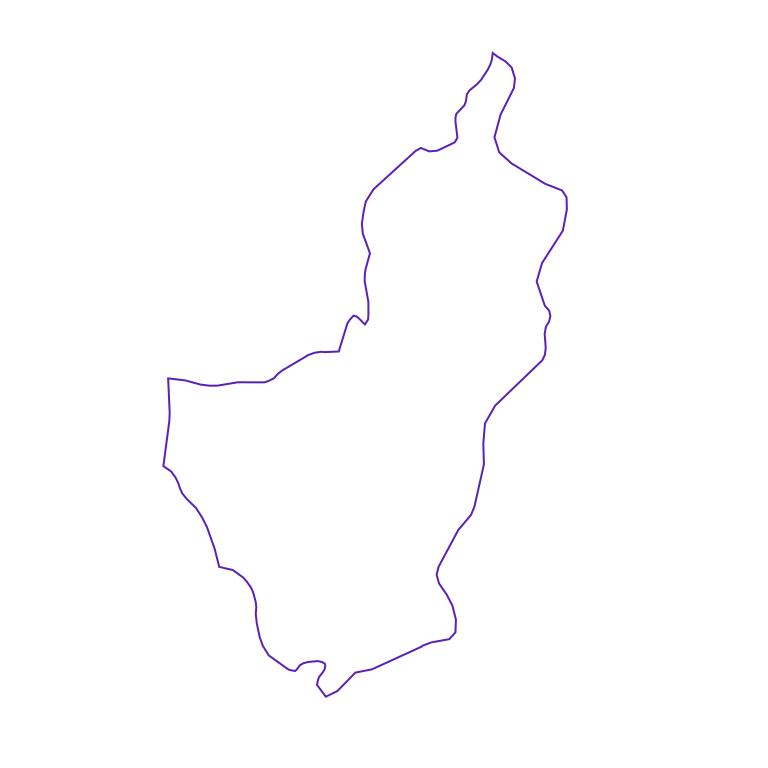 Kunar, Equal Earth projection, rotated 340°
{"feature_id": "AFG-1762", "entity_name": "Kunar", "entity_type": "Province", "adm_level": 1, "iso_a3": "AFG", "parent_name": "Afghanistan", "parent_adm1": "", "projection": "equal_earth", "projection_center": [71.083, 34.998], "detail": "fine", "context": "isolated", "style": "outline", "palette": "violet", "viewbox_px": 768, "rotation_deg": 340, "n_neighbors": 0, "source": "natural_earth", "source_scale": "10m", "svg_char_len": 1918}
<svg xmlns="http://www.w3.org/2000/svg" viewBox="0 0 768 768"><g transform="rotate(340 384 384)"><path d="M534.4,418.7L481.1,442.3L465.4,455.6L457.1,473.6L450.4,493.7L427.1,530.1L421.1,536.7L404.0,546.5L372.8,574.4L368.2,581.3L367.5,590.3L370.9,603.4L372.5,615.6L371.0,630.0L366.2,641.8L358.1,646.1L340.1,643.0L330.7,643.1L329.6,643.7L329.0,643.7L275.0,648.0L258.4,645.4L235.1,656.6L222.4,657.9L218.1,643.8L219.8,641.0L222.5,637.3L228.5,633.6L231.0,631.3L232.3,629.0L232.8,626.6L230.8,624.2L227.0,621.7L217.8,619.3L212.8,618.8L208.8,619.5L204.3,622.5L202.4,623.3L199.2,621.5L196.7,619.8L182.9,599.7L180.6,588.8L180.6,579.5L182.6,565.5L184.7,556.7L187.8,549.6L188.9,544.9L189.7,536.1L189.7,533.0L189.3,529.4L187.3,522.3L185.6,517.9L178.4,507.2L166.6,499.5L168.5,481.1L168.7,457.9L167.4,446.9L164.9,436.1L159.4,424.8L157.0,417.8L156.6,412.2L156.8,406.8L156.1,400.5L154.1,393.4L148.6,385.7L169.5,345.6L172.7,337.9L183.1,304.9L198.4,312.6L211.4,321.8L219.9,326.1L227.0,328.6L247.3,332.4L272.0,341.5L276.4,341.7L282.4,341.0L287.5,338.3L292.8,336.5L322.8,330.9L329.5,330.9L335.8,332.2L339.3,333.8L352.6,338.0L370.5,314.3L374.4,311.6L378.7,309.4L381.0,310.8L382.8,313.6L386.4,321.5L391.1,318.0L393.2,313.2L397.4,301.5L401.0,280.8L403.6,274.2L405.9,269.9L415.5,256.4L415.5,235.6L417.9,226.1L423.2,216.1L429.3,206.3L440.8,197.4L493.4,175.8L499.4,174.8L506.1,180.9L514.0,183.0L533.1,181.1L537.2,177.7L541.0,161.5L542.6,157.5L544.5,154.8L554.9,149.6L557.9,146.0L561.0,140.1L564.7,137.4L573.9,134.1L579.4,131.3L588.9,124.2L593.3,120.0L596.3,116.1L599.4,110.1L602.6,115.2L608.5,122.4L612.2,130.3L611.6,141.7L607.3,150.3L585.7,170.7L572.2,189.9L571.5,205.7L579.4,220.5L604.0,251.1L617.5,263.0L619.4,270.9L615.6,282.4L604.5,301.1L574.0,324.3L562.5,339.9L561.9,365.6L564.3,371.5L563.6,377.0L560.5,381.8L555.7,385.6L552.1,391.9L548.3,405.5L545.1,411.7L540.9,415.8L534.4,418.7Z" fill="none" stroke="#5b21b6" stroke-width="2"/></g></svg>